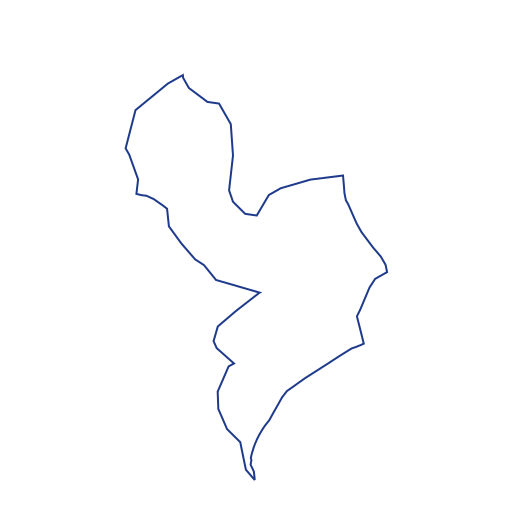 the district of El Mansora 1, Ad Daqahliyah, Egypt, rotated 150°
{"feature_id": "37247803B85247487045844", "entity_name": "El Mansora 1", "entity_type": "district", "adm_level": 2, "iso_a3": "EGY", "parent_name": "Egypt", "parent_adm1": "Ad Daqahliyah", "projection": "robinson", "projection_center": [31.384, 31.029], "detail": "fine", "context": "isolated", "style": "outline", "palette": "blue", "viewbox_px": 512, "rotation_deg": 150, "n_neighbors": 0, "source": "geoboundaries", "source_scale": "gbopen_adm2", "svg_char_len": 1769}
<svg xmlns="http://www.w3.org/2000/svg" viewBox="0 0 512 512"><g transform="rotate(150 256 256)"><path d="M369.1,62.6L369.0,62.9L368.0,65.0L367.1,67.0L366.2,69.1L365.9,69.9L365.6,70.7L365.3,74.2L365.0,78.0L362.1,81.5L362.0,81.8L361.5,83.6L361.4,83.8L361.2,83.9L359.9,85.4L358.5,86.9L357.0,88.3L355.5,89.7L354.0,91.1L352.5,92.4L350.9,93.7L349.3,94.9L347.7,96.1L346.0,97.3L344.3,98.4L342.6,99.5L340.9,100.5L339.1,101.5L337.3,102.5L335.5,103.4L333.7,104.3L331.8,105.1L330.0,105.8L328.1,106.6L327.4,106.8L326.7,107.1L323.9,108.8L318.1,112.3L317.9,112.4L312.1,115.8L306.2,119.3L303.3,121.0L303.0,121.0L302.7,121.1L296.7,123.6L285.6,124.6L282.9,124.9L279.3,125.2L274.5,125.7L247.1,126.9L244.0,127.1L238.1,127.4L232.2,127.7L226.3,127.9L220.4,128.1L219.3,128.1L217.1,127.7L214.7,127.2L212.3,126.9L209.9,126.5L207.4,126.3L206.8,126.2L206.5,126.2L202.7,139.4L198.8,153.2L198.4,153.5L198.0,153.8L191.9,157.9L191.8,158.0L191.7,158.1L173.5,171.9L164.3,176.6L159.7,176.6L150.5,176.5L149.2,180.6L148.2,183.6L148.2,193.1L150.4,204.9L152.7,223.9L152.6,233.3L152.2,237.5L150.3,254.6L150.3,259.3L147.9,266.4L145.6,271.1L140.4,282.2L170.8,295.0L200.6,302.3L214.4,302.4L235.1,290.7L244.3,297.9L248.8,314.5L246.5,326.3L225.7,354.5L211.9,382.8L211.8,406.5L221.0,413.7L230.1,435.0L230.1,439.8L230.0,446.9L228.9,449.2L232.3,449.3L246.1,449.4L287.4,442.6L303.6,426.1L315.1,414.4L315.1,407.3L319.8,381.3L328.5,369.6L324.6,365.8L320.8,363.0L316.1,356.4L311.3,346.1L309.4,341.4L316.6,325.2L314.4,304.3L310.4,283.5L305.6,274.1L302.6,255.2L271.2,222.5L271.3,222.5L296.0,219.1L302.0,218.2L324.3,214.1L335.3,203.5L336.1,195.9L328.8,173.9L334.9,174.1L357.0,157.7L365.1,142.4L367.6,120.6L366.8,117.6L362.7,102.6L364.6,97.1L371.6,76.0L369.1,62.6Z" fill="none" stroke="#1e3a8a" stroke-width="2"/></g></svg>